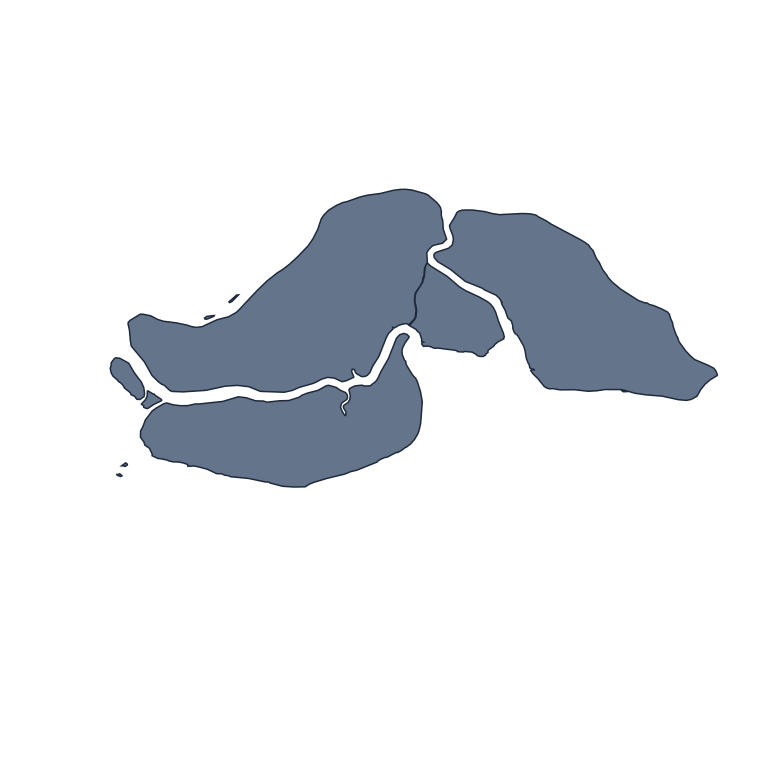 Kepulauan Meranti, Riau, Indonesia (Natural Earth projection), rotated 139°
{"feature_id": "22746128B32802105420608", "entity_name": "Kepulauan Meranti", "entity_type": "district", "adm_level": 2, "iso_a3": "IDN", "parent_name": "Indonesia", "parent_adm1": "Riau", "projection": "natural_earth1", "projection_center": [102.588, 1.052], "detail": "fine", "context": "isolated", "style": "filled", "palette": "slate", "viewbox_px": 768, "rotation_deg": 139, "n_neighbors": 0, "source": "geoboundaries", "source_scale": "gbopen_adm2", "svg_char_len": 6169}
<svg xmlns="http://www.w3.org/2000/svg" viewBox="0 0 768 768"><g transform="rotate(139 384 384)"><path d="M398.3,416.0L396.9,414.5L397.9,411.5L398.0,409.8L396.0,404.2L393.3,402.1L391.0,401.5L387.1,401.9L381.1,404.8L369.7,408.2L352.0,417.4L347.4,419.2L341.2,419.6L340.3,421.1L339.4,419.5L333.8,418.4L329.4,416.3L327.0,414.4L326.7,412.5L320.0,412.9L316.7,413.8L311.2,418.9L306.9,426.2L302.9,430.5L300.5,432.2L290.8,434.8L286.8,436.8L285.0,438.6L282.9,439.5L277.2,445.0L271.3,447.6L265.6,455.0L262.6,456.0L257.7,456.5L255.3,456.0L247.5,451.8L241.7,452.2L237.7,462.0L232.6,468.6L230.3,473.5L227.4,476.7L225.6,480.2L225.2,482.4L225.1,486.4L226.8,497.9L228.2,500.8L235.6,512.0L240.0,516.8L243.8,520.0L249.8,524.0L261.8,530.2L272.3,537.2L279.2,540.8L292.7,546.1L295.9,547.9L302.7,550.0L311.7,551.5L318.6,551.0L323.0,549.8L332.5,544.2L341.8,540.4L350.4,538.1L365.2,536.7L377.2,536.4L385.5,536.9L391.5,537.9L404.6,538.5L419.3,537.7L445.7,535.0L448.8,535.0L457.2,536.7L467.8,542.0L483.6,546.6L488.2,549.6L491.4,553.3L494.1,557.8L500.7,566.5L509.4,576.2L512.5,581.3L515.3,588.5L519.8,594.4L522.1,596.6L533.8,598.6L536.4,598.4L537.6,597.5L540.9,591.5L547.1,583.0L549.9,578.3L550.3,558.0L553.5,542.6L552.8,533.5L551.9,529.6L550.7,527.3L549.9,519.5L548.8,517.4L540.6,509.7L522.5,496.0L505.3,486.6L495.5,479.1L487.7,470.5L482.2,459.6L464.8,443.3L457.6,439.4L450.1,437.0L438.6,431.6L434.9,430.2L428.1,428.6L422.2,426.0L417.6,421.0L414.2,413.3L410.7,411.3L402.6,408.9L402.0,409.4L400.3,414.6L398.3,416.0ZM166.5,173.2L162.5,170.9L155.9,169.4L148.6,172.0L141.8,173.2L135.4,173.2L127.0,171.8L126.4,172.1L124.9,176.3L124.7,179.4L127.1,185.5L133.5,198.6L134.3,204.2L134.6,211.1L133.6,222.4L131.7,226.9L131.5,228.7L130.1,232.6L128.0,237.7L126.0,241.1L124.7,245.4L122.9,249.4L122.8,252.3L125.0,258.1L129.0,266.2L131.4,269.7L132.5,273.0L133.6,273.6L137.2,280.0L143.2,300.5L144.9,311.3L145.0,317.2L144.4,319.9L144.0,326.9L141.8,334.6L141.4,339.4L138.7,347.4L138.9,351.5L138.4,355.2L139.2,356.7L139.1,357.9L141.2,364.4L153.0,395.1L154.5,400.7L157.9,409.2L158.3,411.3L159.4,413.1L162.3,416.8L167.7,421.9L185.8,436.1L190.3,441.4L194.9,448.1L203.1,457.3L210.8,463.9L214.2,465.4L216.5,465.6L221.4,463.5L230.5,460.7L231.9,458.5L234.9,450.4L236.9,447.5L241.1,444.2L246.2,444.1L258.2,449.2L260.3,449.3L261.6,448.8L263.1,446.6L263.3,441.4L258.7,427.0L255.3,408.0L246.9,391.7L246.5,389.3L241.2,377.7L240.7,373.1L241.1,370.3L242.1,368.1L241.7,368.0L242.6,367.4L244.2,360.2L247.3,352.4L246.5,348.3L248.4,343.8L250.5,341.1L251.8,337.6L251.9,335.7L251.3,333.2L253.7,320.9L255.8,316.4L259.8,309.9L261.6,304.9L261.6,303.7L263.4,300.5L261.2,296.3L261.7,296.0L262.8,298.0L264.4,298.1L264.9,293.9L264.3,287.1L264.7,277.5L264.0,274.5L262.3,271.8L259.4,269.5L255.0,264.1L244.2,254.9L234.7,244.6L228.0,239.4L220.7,234.7L208.1,223.7L200.6,212.3L193.2,203.7L182.1,192.4L172.0,178.9L166.5,173.2ZM408.9,321.7L403.2,321.3L397.1,322.2L390.9,324.3L388.1,325.9L382.2,330.2L366.8,345.4L361.4,354.4L357.2,364.1L356.4,367.4L356.5,371.9L354.8,382.6L354.0,385.0L352.7,386.8L352.9,388.5L351.0,394.2L348.4,397.5L346.4,399.0L340.8,401.3L334.6,402.7L334.0,403.4L334.1,406.3L335.9,409.2L339.8,410.9L344.5,410.4L364.0,400.3L377.8,395.5L385.7,392.0L389.1,391.3L394.0,391.7L395.1,391.4L398.4,393.9L400.5,395.9L401.3,397.5L405.2,400.3L407.4,401.7L412.5,403.1L414.3,402.6L417.1,397.3L420.2,394.6L423.2,393.6L428.3,394.3L429.7,393.5L430.5,391.6L431.0,388.2L432.9,385.8L433.8,385.5L434.2,386.4L433.5,390.8L432.0,395.1L428.5,397.4L422.3,396.7L420.7,397.4L418.9,399.7L418.6,402.6L421.0,407.8L422.4,413.0L426.6,419.3L428.5,420.5L438.2,422.6L447.8,427.4L453.4,429.4L456.5,429.6L466.7,434.0L473.9,439.9L484.3,447.1L486.3,450.4L491.9,455.5L496.9,463.9L502.3,469.9L517.2,476.7L537.3,490.7L539.2,492.6L546.4,496.5L552.2,501.5L557.0,506.9L560.2,512.0L561.6,512.9L563.2,513.6L571.7,515.3L576.6,515.7L587.5,513.5L594.4,509.8L598.5,508.3L602.8,503.5L603.3,497.5L604.6,494.9L603.2,489.3L605.0,483.0L606.1,482.0L603.3,475.7L602.2,474.9L597.2,468.4L597.2,467.6L594.2,463.5L590.3,460.0L587.4,456.3L585.0,452.1L586.0,450.5L581.1,446.7L578.1,442.8L573.3,435.6L569.1,426.1L565.2,422.5L564.2,419.9L561.3,416.5L560.8,414.9L548.2,401.6L537.9,388.0L535.4,385.7L534.8,383.8L527.6,373.3L519.4,365.2L510.9,358.1L506.2,357.4L501.2,355.7L489.2,350.3L472.8,341.8L466.6,339.7L461.1,336.8L440.3,329.6L439.2,329.9L436.0,329.4L431.7,328.0L429.7,326.7L422.0,324.9L419.1,324.0L418.6,323.3L413.5,322.3L409.8,322.2L408.9,321.7ZM288.7,339.2L287.2,339.8L284.8,339.6L283.5,341.1L275.8,340.6L274.8,341.1L270.3,341.0L263.9,339.5L263.4,340.3L262.3,340.6L260.4,344.4L256.4,356.2L252.6,365.0L251.3,370.1L251.2,374.6L251.9,378.4L255.1,387.3L261.3,401.2L263.3,407.6L265.8,424.2L271.4,442.4L271.8,446.7L274.5,446.1L276.9,444.6L282.8,438.9L288.7,435.1L299.6,432.0L302.2,430.5L306.8,425.6L309.1,421.1L311.5,417.7L316.0,413.6L318.1,412.6L326.5,411.4L324.0,404.2L324.2,401.5L323.6,399.1L326.4,392.7L327.7,391.5L326.8,389.8L328.0,390.4L329.3,389.5L329.6,386.6L325.3,383.2L324.9,382.0L323.7,381.0L323.7,379.9L322.1,377.5L320.1,376.1L308.2,362.8L307.1,360.9L307.3,360.3L305.9,358.7L302.8,355.8L302.1,356.0L296.7,350.4L295.4,347.2L294.9,344.1L293.6,341.9L291.2,339.8L288.7,339.2ZM570.9,580.1L576.0,579.0L577.1,577.6L580.4,575.4L582.7,571.2L583.4,567.6L582.6,562.2L582.7,559.9L581.9,557.1L581.9,553.7L582.5,551.1L581.5,546.0L581.3,543.7L581.9,541.7L580.3,538.3L580.6,534.6L578.3,532.4L573.5,531.9L571.1,533.7L567.7,538.8L565.9,544.3L565.1,556.1L563.1,566.5L563.2,567.9L566.6,576.9L569.4,579.9L570.9,580.1ZM567.3,533.9L570.0,530.9L572.4,529.4L574.3,528.7L580.3,528.0L579.8,525.2L580.6,523.9L579.3,521.3L578.4,520.5L571.0,519.6L563.2,517.4L562.3,517.7L562.2,518.8L564.1,525.5L564.1,527.4L564.7,527.7L566.6,533.6L567.3,533.9ZM436.7,547.8L447.1,547.7L447.2,546.8L444.7,546.0L435.3,546.7L436.7,547.8ZM476.5,550.5L475.3,549.2L472.1,548.0L467.8,546.7L467.1,547.0L473.2,551.2L476.2,551.5L476.5,550.5ZM635.7,494.4L633.8,492.7L633.7,491.8L631.8,491.3L630.8,491.3L630.3,491.9L630.7,494.0L635.7,494.4ZM645.2,490.0L643.5,487.0L642.0,486.6L642.3,489.6L643.8,490.0L644.9,491.0L645.2,490.0ZM208.9,223.3L208.6,221.3L206.8,219.8L207.7,222.6L208.9,223.3Z" fill="#64748b" stroke="#1e293b" stroke-width="1.5"/></g></svg>